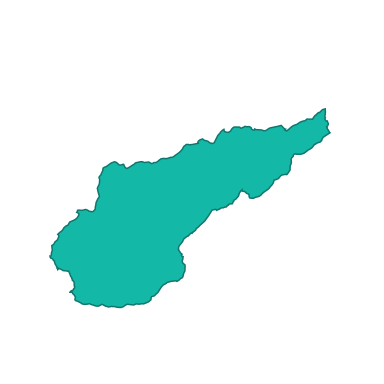 outline of Lesu, Bistrita-Nasaud, Romania, rotated 327°
{"feature_id": "2599482B1126376608356", "entity_name": "Lesu", "entity_type": "district", "adm_level": 2, "iso_a3": "ROU", "parent_name": "Romania", "parent_adm1": "Bistrita-Nasaud", "projection": "robinson", "projection_center": [24.822, 47.307], "detail": "fine", "context": "isolated", "style": "filled", "palette": "teal", "viewbox_px": 384, "rotation_deg": 327, "n_neighbors": 0, "source": "geoboundaries", "source_scale": "gbopen_adm2", "svg_char_len": 6027}
<svg xmlns="http://www.w3.org/2000/svg" viewBox="0 0 384 384"><g transform="rotate(327 192 192)"><path d="M123.9,254.9L126.8,256.0L127.5,256.3L128.2,256.8L129.9,257.5L130.6,258.7L132.8,258.9L135.2,258.4L137.0,258.6L138.2,258.1L139.7,256.8L140.3,256.0L141.5,255.2L142.9,254.5L145.3,251.2L146.4,249.4L145.5,246.1L146.8,243.8L147.4,243.7L149.3,241.4L148.7,241.1L148.6,240.2L149.0,239.5L148.8,239.2L149.8,238.7L149.3,237.3L149.2,232.9L149.6,232.8L150.1,231.7L151.1,230.7L152.1,230.1L156.9,228.6L158.5,227.5L159.7,226.9L163.6,226.5L164.4,226.9L167.8,226.1L169.1,226.1L169.6,226.7L170.4,226.0L171.2,226.3L173.9,226.0L174.6,225.8L175.4,225.1L177.3,224.9L179.1,224.7L179.8,224.4L186.8,223.3L193.5,220.7L199.1,218.1L202.1,219.3L202.6,219.7L202.6,220.8L204.6,220.9L204.9,221.3L207.7,221.3L208.6,221.6L209.6,222.3L211.2,222.5L212.0,222.9L212.4,223.2L214.3,222.8L215.6,222.8L215.9,222.3L218.1,223.0L219.4,223.8L220.0,223.5L220.9,222.8L222.1,222.4L222.9,221.7L224.2,221.8L225.0,221.8L228.2,220.9L229.3,220.4L229.8,219.6L230.3,219.3L230.6,219.3L230.9,218.9L232.9,217.9L234.8,217.4L235.1,217.4L234.4,218.0L234.4,218.4L236.5,220.5L236.8,221.2L237.0,222.6L237.1,223.0L238.4,224.6L238.2,225.4L237.3,227.3L237.2,228.0L237.3,228.6L239.0,230.0L239.5,230.2L240.0,230.7L242.7,231.1L244.5,231.8L246.4,232.2L248.3,232.1L249.8,231.6L252.0,231.3L257.6,231.1L259.2,230.8L260.3,230.2L262.7,229.7L264.8,228.8L265.8,228.1L267.4,226.7L268.3,227.1L271.6,227.8L272.1,227.8L272.5,227.5L275.3,226.7L276.6,226.7L280.2,228.2L280.8,229.0L281.7,228.9L286.2,227.0L286.7,226.2L288.2,224.1L288.5,223.6L290.5,222.3L290.9,221.7L291.5,221.3L292.8,218.7L294.0,217.7L295.2,217.5L296.4,217.1L297.1,216.2L298.4,215.9L299.1,216.1L299.4,216.5L300.1,216.9L300.4,217.4L300.9,217.6L303.0,219.2L305.4,220.1L307.2,220.5L311.4,220.2L311.8,220.0L314.1,220.3L315.1,220.2L316.3,220.3L319.5,219.3L320.2,218.8L321.8,219.1L323.1,219.1L324.5,219.2L325.9,219.7L327.2,219.9L328.1,219.5L328.6,219.6L329.6,218.7L332.0,217.4L333.3,217.6L334.3,217.5L340.0,217.5L339.8,216.6L340.0,213.9L339.9,212.7L340.5,211.5L340.3,210.6L342.0,210.3L343.2,209.4L343.6,208.8L343.7,208.5L343.7,207.5L344.2,206.2L343.4,205.8L343.2,205.3L343.0,204.0L343.6,202.7L344.4,202.3L344.4,201.5L344.7,200.8L346.0,199.5L346.6,198.5L347.1,198.1L349.0,194.8L346.3,194.0L342.1,194.8L341.2,194.2L340.2,194.5L339.4,194.5L338.6,195.0L338.0,194.8L336.3,195.0L334.7,195.6L332.8,196.6L328.0,193.4L326.6,193.7L325.3,193.7L324.9,193.6L324.1,193.1L321.4,192.4L320.0,192.3L316.5,192.4L314.1,191.7L312.4,191.5L310.5,191.6L306.7,192.2L304.5,192.3L303.6,190.4L304.6,190.2L304.3,189.9L303.8,188.7L303.2,185.2L303.0,184.7L300.1,183.8L292.9,181.0L291.4,180.6L288.0,180.7L286.8,180.5L285.6,179.9L285.2,179.4L284.9,178.7L283.8,177.6L279.7,174.6L278.9,173.3L278.5,173.7L278.4,174.0L277.8,173.9L277.1,173.4L276.2,171.7L276.6,170.1L276.3,169.4L275.6,168.3L273.4,167.1L272.8,166.3L272.1,165.8L271.4,165.7L270.9,165.9L269.2,165.4L268.5,165.5L267.6,165.0L267.3,163.7L266.8,163.1L265.7,162.5L264.6,161.7L263.0,160.6L262.1,160.4L261.1,160.5L259.3,160.9L258.4,161.6L257.3,161.9L254.9,161.8L253.1,160.2L252.1,158.9L252.9,156.8L251.2,156.8L248.5,157.3L247.8,157.8L244.6,158.6L237.9,162.5L237.1,162.8L236.3,162.6L235.3,162.4L235.1,161.9L233.9,160.8L232.9,158.0L230.4,155.2L229.7,153.2L226.9,152.6L225.1,152.8L223.9,153.5L223.8,154.6L218.3,152.4L215.5,151.0L214.8,150.1L213.0,149.0L211.5,149.3L210.6,149.2L209.3,149.6L207.6,150.7L205.0,151.5L203.0,151.9L200.3,152.1L198.3,152.1L195.2,152.4L194.4,152.1L192.5,151.1L190.8,150.8L189.2,150.3L187.3,149.1L186.4,148.3L184.0,147.3L182.0,147.4L179.3,147.8L177.6,147.5L176.2,146.6L174.8,146.6L173.8,146.2L173.5,146.0L172.8,144.9L172.4,143.7L171.7,143.1L168.6,141.6L167.8,141.0L166.9,139.6L165.9,138.9L164.2,138.1L162.3,137.5L161.3,137.0L160.2,136.8L158.4,137.3L157.7,137.1L152.8,137.1L150.1,136.8L149.7,136.0L149.3,134.7L149.7,131.5L148.7,131.0L148.4,131.1L146.5,130.4L145.6,129.5L145.2,127.5L144.7,126.0L143.7,124.6L143.0,124.3L140.1,123.7L138.7,123.7L134.4,124.0L131.3,123.5L130.8,123.6L130.3,123.9L130.2,123.8L128.8,125.4L128.0,126.0L126.1,127.1L125.1,127.9L122.9,128.6L122.0,129.0L121.2,131.5L119.0,134.4L117.6,135.5L115.9,136.4L114.4,137.6L114.3,138.6L113.4,140.4L112.0,145.1L111.3,145.6L109.2,146.5L106.0,148.5L103.5,151.3L102.7,151.9L101.9,153.2L101.2,153.8L98.6,154.5L97.8,154.3L96.7,153.4L95.3,152.1L94.5,150.3L93.3,148.7L90.2,147.7L89.0,147.0L88.1,146.1L86.1,145.0L85.6,145.6L84.2,146.3L85.0,147.5L85.2,148.4L85.2,148.8L84.8,149.4L84.0,150.0L81.7,151.1L79.9,151.4L77.9,151.4L73.2,150.6L71.8,151.2L70.2,152.2L68.0,151.9L65.2,152.2L63.8,153.0L61.8,153.7L58.8,153.9L56.3,154.4L56.5,155.0L56.5,156.1L56.2,156.7L54.4,158.0L53.0,158.8L52.2,159.0L49.9,159.2L48.5,160.1L47.5,160.5L45.2,160.6L43.5,164.0L43.2,164.7L41.3,166.2L40.0,167.7L39.8,168.1L39.1,168.8L38.5,168.8L38.0,168.4L37.5,169.7L37.6,170.7L38.4,171.6L38.7,172.6L38.5,173.8L39.0,175.2L38.5,176.0L38.1,177.5L38.0,177.9L37.9,181.2L38.1,181.9L37.3,182.1L37.4,182.9L37.1,184.0L38.6,183.5L39.1,184.4L39.5,184.6L40.1,185.5L41.1,187.7L42.2,188.7L42.7,188.8L44.1,190.3L45.5,191.3L45.1,192.8L45.0,194.0L44.4,196.2L44.4,198.6L44.0,199.1L44.0,200.6L43.5,201.1L44.0,202.0L44.1,203.0L43.4,204.7L43.0,204.9L42.5,206.3L42.1,206.5L42.0,206.9L42.0,207.6L41.2,208.6L40.0,208.7L39.1,209.4L38.6,209.5L36.8,209.1L36.5,209.2L36.1,209.6L35.2,209.4L35.0,209.6L35.6,210.1L36.9,210.7L36.7,212.6L37.1,214.1L37.0,216.6L36.3,217.4L35.2,218.4L35.1,219.5L37.0,221.9L37.4,222.9L38.2,224.1L38.8,225.8L40.2,227.4L40.6,227.7L43.9,229.4L44.7,229.6L45.3,230.0L46.5,231.9L47.3,232.7L49.4,235.4L51.5,236.8L53.2,237.0L55.1,237.0L55.4,237.5L55.9,238.0L57.6,241.1L58.0,241.3L59.4,243.0L60.4,243.3L61.1,243.8L62.4,244.1L62.9,244.8L64.9,246.1L66.2,247.7L67.3,248.6L69.3,250.0L69.5,250.2L72.0,250.8L74.9,250.6L76.6,250.9L81.2,254.7L81.9,255.1L84.2,255.4L86.3,257.1L87.6,257.8L89.3,258.5L90.5,259.5L95.8,260.5L98.9,260.0L99.5,259.1L101.0,257.7L103.8,258.6L106.4,258.0L108.6,257.7L114.8,254.9L117.3,254.3L120.6,254.6L121.7,254.3L123.9,254.9Z" fill="#14b8a6" stroke="#0f766e" stroke-width="1.5"/></g></svg>